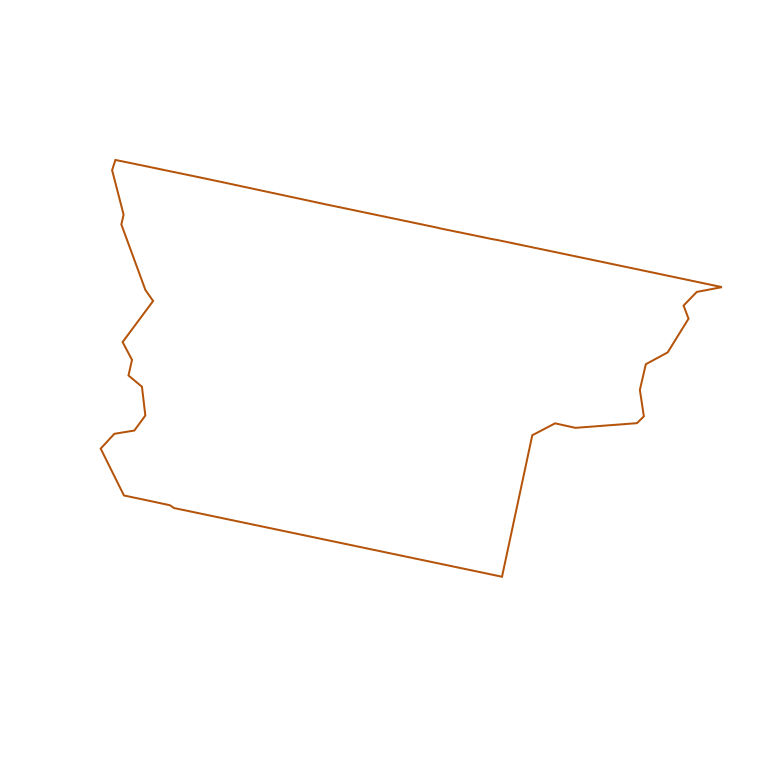 outline of Teton, Idaho, United States of America, rotated 282°
{"feature_id": "52423323B31857340123738", "entity_name": "Teton", "entity_type": "district", "adm_level": 2, "iso_a3": "USA", "parent_name": "United States of America", "parent_adm1": "Idaho", "projection": "mercator", "projection_center": [-111.172, 43.743], "detail": "fine", "context": "isolated", "style": "outline", "palette": "amber", "viewbox_px": 768, "rotation_deg": 282, "n_neighbors": 0, "source": "geoboundaries", "source_scale": "gbopen_adm2", "svg_char_len": 677}
<svg xmlns="http://www.w3.org/2000/svg" viewBox="0 0 768 768"><g transform="rotate(282 384 384)"><path d="M220.9,152.8L220.9,199.7L219.0,204.4L220.0,539.5L364.7,539.7L381.1,559.5L380.9,580.3L398.3,639.6L406.4,644.9L431.4,635.5L457.8,636.0L473.9,654.9L511.2,668.3L523.0,660.7L539.1,670.8L549.0,694.4L548.8,589.4L548.5,491.9L548.4,463.8L548.2,458.8L548.2,457.6L548.2,455.0L547.9,411.1L547.9,405.3L548.0,404.8L547.6,290.6L547.8,171.5L547.4,85.6L547.3,74.7L536.6,73.6L495.5,94.1L485.5,93.9L426.3,131.1L417.2,140.9L370.7,119.6L355.2,132.5L339.2,132.3L331.0,147.8L303.6,157.1L286.6,149.5L279.2,130.6L261.9,120.3L220.9,152.8Z" fill="none" stroke="#b45309" stroke-width="2"/></g></svg>